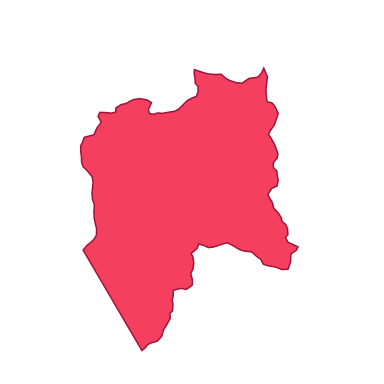 the district of Estrela do Norte, São Paulo, Brazil, rotated 148°
{"feature_id": "56859067B30225350735471", "entity_name": "Estrela do Norte", "entity_type": "district", "adm_level": 2, "iso_a3": "BRA", "parent_name": "Brazil", "parent_adm1": "São Paulo", "projection": "albers", "projection_center": [-51.684, -22.483], "detail": "fine", "context": "isolated", "style": "filled", "palette": "rose", "viewbox_px": 384, "rotation_deg": 148, "n_neighbors": 0, "source": "geoboundaries", "source_scale": "gbopen_adm2", "svg_char_len": 2025}
<svg xmlns="http://www.w3.org/2000/svg" viewBox="0 0 384 384"><g transform="rotate(148 192 192)"><path d="M318.5,84.1L314.2,84.7L310.4,86.1L306.2,85.6L300.5,83.9L294.3,85.6L289.2,90.2L284.1,92.6L277.4,96.4L275.0,100.8L271.6,101.5L267.8,106.6L266.1,110.8L262.9,114.0L260.1,118.5L255.4,117.2L252.0,115.8L248.8,112.6L245.0,112.4L241.0,113.0L238.2,117.3L236.2,123.7L232.1,126.1L228.1,130.8L225.7,136.2L225.3,140.3L217.7,141.4L213.7,144.3L210.0,140.0L207.6,136.2L203.6,134.2L199.0,132.9L194.2,131.8L189.1,130.3L186.7,126.7L184.8,123.3L183.1,119.6L181.1,116.6L178.7,114.0L176.0,111.8L173.2,109.6L171.3,103.1L169.4,98.6L169.8,93.0L167.0,89.6L160.8,84.0L156.9,78.6L151.5,75.6L145.4,80.5L141.0,87.0L134.2,87.4L131.2,89.3L137.2,98.5L136.8,104.0L133.2,105.1L130.4,110.3L129.8,114.8L131.2,119.2L130.0,122.9L129.9,128.4L131.3,134.8L129.5,140.3L129.1,149.6L122.6,152.8L116.9,152.0L112.9,155.9L111.0,160.7L108.9,164.9L110.0,169.2L108.6,172.6L105.5,174.6L101.9,175.6L98.9,178.9L97.9,183.4L96.8,188.2L96.4,196.5L96.7,200.3L92.7,202.7L86.4,205.4L77.2,212.9L76.3,221.2L77.0,225.2L80.5,228.8L77.0,236.3L74.4,240.5L70.0,246.0L67.0,249.7L65.5,259.0L70.2,255.9L75.4,254.5L83.7,258.2L91.8,257.7L96.8,261.5L101.1,266.8L103.0,270.2L104.9,276.5L109.6,279.1L112.4,281.1L115.9,283.7L118.9,287.0L121.9,290.6L125.1,294.5L127.3,291.5L129.0,287.2L131.6,282.6L131.0,278.3L133.8,273.7L137.8,270.8L141.9,271.6L147.2,272.1L153.9,270.6L158.8,269.4L163.9,269.6L169.6,272.1L175.5,274.4L179.0,277.1L183.8,278.5L186.4,281.0L185.4,285.0L179.0,289.2L181.2,293.7L186.8,298.9L192.8,301.4L197.1,301.9L200.6,301.9L205.9,303.7L212.0,303.6L214.3,300.3L218.5,301.5L222.4,304.6L228.0,308.4L231.6,305.8L232.0,299.3L239.1,296.5L244.8,292.5L254.4,295.5L258.1,292.5L261.7,290.3L264.8,285.6L267.1,280.5L269.9,275.7L271.0,271.2L269.7,266.2L268.6,257.9L270.7,252.6L277.4,244.1L280.1,238.9L281.7,232.8L285.7,227.1L288.7,221.8L290.8,216.3L292.4,211.4L296.0,206.0L299.8,204.0L304.2,203.0L309.2,202.4L315.1,200.5L318.5,84.1Z" fill="#f43f5e" stroke="#9f1239" stroke-width="1.5"/></g></svg>